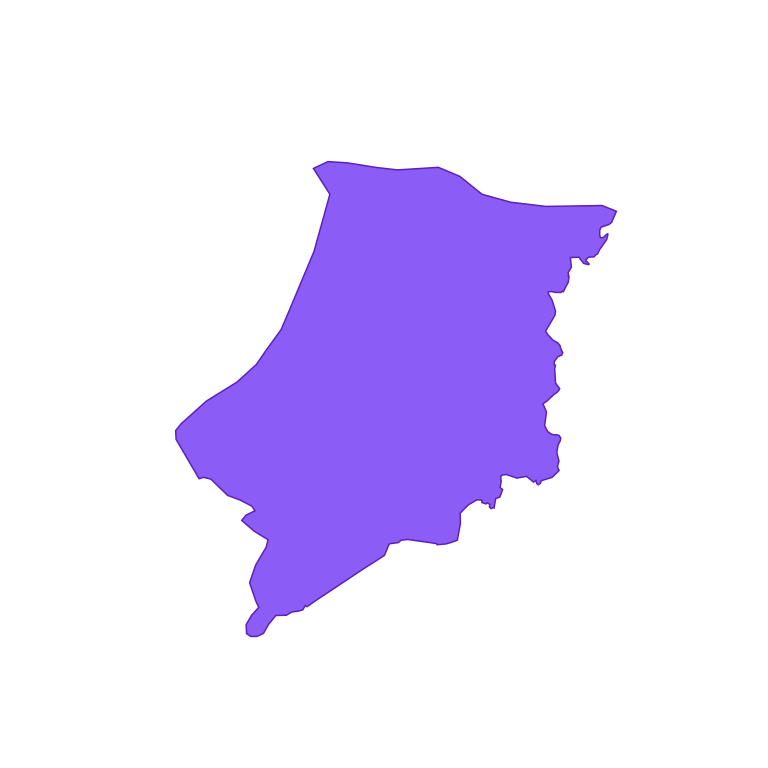 outline of Meinpea-Mahn, Nimba, Liberia, rotated 219°
{"feature_id": "62588387B99870761463073", "entity_name": "Meinpea-Mahn", "entity_type": "district", "adm_level": 2, "iso_a3": "LBR", "parent_name": "Liberia", "parent_adm1": "Nimba", "projection": "mercator", "projection_center": [-9.109, 7.008], "detail": "fine", "context": "isolated", "style": "filled", "palette": "violet", "viewbox_px": 768, "rotation_deg": 219, "n_neighbors": 0, "source": "geoboundaries", "source_scale": "gbopen_adm2", "svg_char_len": 3339}
<svg xmlns="http://www.w3.org/2000/svg" viewBox="0 0 768 768"><g transform="rotate(219 384 384)"><path d="M314.3,142.9L314.0,143.9L312.1,148.9L311.8,149.2L307.8,153.4L305.3,156.9L305.0,157.7L305.8,162.2L303.7,162.4L301.5,170.1L300.3,174.2L296.0,187.8L291.1,203.5L288.5,211.9L283.0,229.4L281.0,235.3L275.8,251.1L277.6,257.3L278.3,259.5L279.2,262.6L278.8,263.7L273.0,269.8L272.4,273.4L272.1,273.7L267.7,278.1L267.2,278.4L249.4,289.1L245.0,291.7L243.1,292.8L242.9,293.0L241.6,292.5L238.3,295.7L235.3,298.6L232.1,303.1L228.7,308.7L235.9,322.0L236.6,323.4L238.6,325.8L243.5,331.5L243.0,337.2L242.4,343.1L238.9,352.4L238.7,352.6L234.9,355.3L233.3,353.5L229.2,355.0L229.2,356.5L226.0,357.1L224.7,354.8L224.3,354.7L222.4,354.5L221.1,357.1L220.5,357.1L225.1,365.2L222.8,369.0L223.5,371.2L225.4,376.6L228.6,376.6L231.6,382.0L234.8,385.2L235.2,387.2L232.3,390.2L231.8,390.7L222.4,394.2L221.6,394.4L216.3,400.5L215.2,401.9L211.4,401.9L206.0,401.9L205.3,404.6L202.6,402.7L200.7,402.7L200.5,403.4L200.0,405.1L200.9,407.9L194.6,417.2L194.6,417.4L194.4,419.1L193.6,425.6L193.5,427.0L196.3,428.4L197.2,428.9L199.5,434.2L201.0,435.3L206.6,439.5L207.2,440.5L210.0,445.5L210.6,447.3L211.2,450.5L212.5,453.1L215.3,454.2L215.8,454.0L217.5,453.5L220.0,451.4L222.2,450.5L223.9,450.1L225.6,450.3L225.9,449.9L226.9,450.1L233.0,452.7L234.5,455.3L240.1,464.5L243.9,466.5L248.0,468.6L247.2,471.3L246.7,472.7L246.4,475.1L245.4,482.5L245.0,483.9L244.3,486.2L244.1,489.0L244.5,490.9L244.9,491.0L251.2,492.7L261.0,503.3L262.5,506.5L263.7,506.0L265.8,508.4L266.0,514.5L264.1,518.4L264.4,519.3L264.9,521.0L267.5,522.0L270.1,523.5L270.8,524.4L274.4,525.3L280.5,524.4L281.0,524.5L288.7,525.6L289.2,526.1L291.6,526.6L292.2,530.1L293.7,540.3L294.5,545.3L296.7,548.7L300.2,551.0L302.7,552.7L305.7,554.7L309.3,556.2L313.4,557.8L314.1,558.9L314.3,559.2L312.2,561.1L308.7,562.9L304.0,566.5L303.7,568.6L302.7,568.7L303.3,571.2L304.8,578.9L307.0,582.7L308.5,583.8L308.0,583.9L311.0,586.5L311.9,592.7L312.0,592.8L314.4,595.2L314.8,595.6L318.7,599.6L312.3,605.2L304.8,603.3L304.1,603.7L302.2,604.5L300.4,605.3L300.1,606.3L303.4,606.9L304.0,606.5L304.8,607.2L305.3,607.3L305.3,607.6L304.8,611.3L300.7,615.1L300.8,617.1L299.9,619.5L300.9,623.6L301.0,623.9L301.1,625.3L301.5,631.9L301.8,636.3L304.0,641.0L304.7,641.5L305.2,640.3L305.9,635.5L308.1,633.9L310.3,635.8L313.3,639.5L313.9,642.6L309.6,649.5L309.2,651.1L308.8,652.9L312.1,664.5L326.9,659.9L341.1,648.0L362.0,630.5L370.2,623.7L392.5,609.7L399.7,605.1L418.0,597.1L427.3,593.1L455.9,593.1L459.8,591.9L478.1,586.6L503.2,563.5L508.5,558.7L526.0,547.6L529.4,545.6L532.4,543.9L551.8,532.7L567.5,521.6L567.9,520.8L574.5,507.1L545.5,497.4L537.1,478.2L527.5,456.0L521.8,443.1L520.5,438.4L514.3,417.1L504.0,381.9L498.2,361.6L496.8,335.2L496.6,332.7L495.5,318.6L495.7,317.4L498.5,299.2L499.5,292.8L500.3,290.5L500.7,289.4L511.3,259.0L515.6,231.9L516.6,225.9L516.6,216.7L510.7,210.1L468.1,194.0L465.5,197.9L458.7,201.1L435.5,199.0L426.3,202.1L422.9,203.2L409.8,205.9L404.5,204.3L408.7,195.3L408.7,192.0L408.7,188.4L392.4,187.9L385.2,188.8L376.1,190.0L372.9,183.1L370.8,169.1L369.8,162.4L367.9,157.4L364.6,148.3L363.4,145.0L346.6,134.4L340.8,131.7L341.2,123.8L341.4,121.2L339.7,110.2L333.7,103.5L328.8,103.9L324.0,107.7L320.7,114.3L322.4,124.4L322.4,126.7L322.4,136.0L314.3,142.9Z" fill="#8b5cf6" stroke="#5b21b6" stroke-width="1.5"/></g></svg>